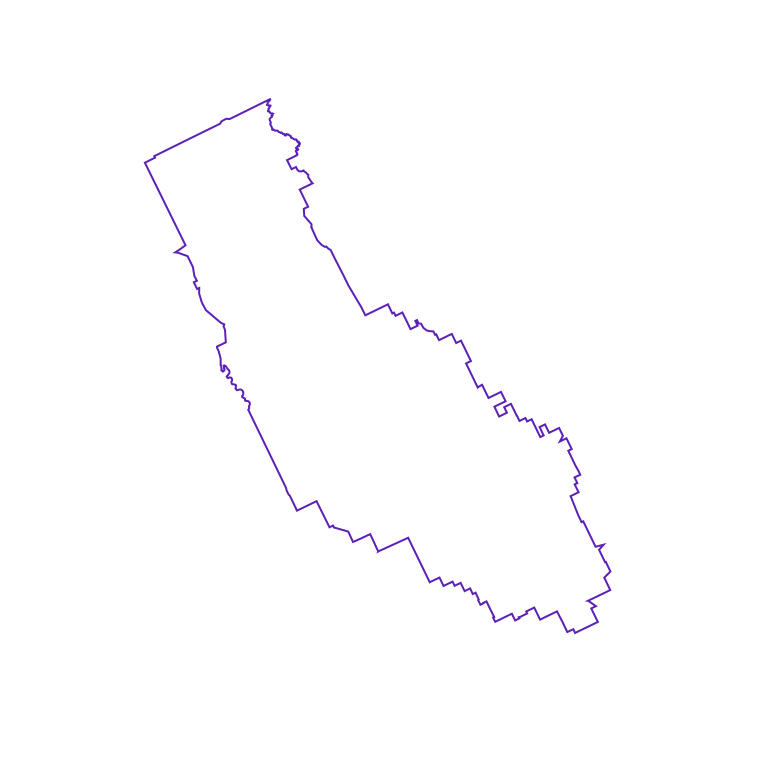 Woodanilling, Western Australia, Australia, rotated 64°
{"feature_id": "25037944B81892326519969", "entity_name": "Woodanilling", "entity_type": "district", "adm_level": 2, "iso_a3": "AUS", "parent_name": "Australia", "parent_adm1": "Western Australia", "projection": "orthographic", "projection_center": [117.181, -33.52], "detail": "fine", "context": "isolated", "style": "outline", "palette": "violet", "viewbox_px": 768, "rotation_deg": 64, "n_neighbors": 0, "source": "geoboundaries", "source_scale": "gbopen_adm2", "svg_char_len": 5935}
<svg xmlns="http://www.w3.org/2000/svg" viewBox="0 0 768 768"><g transform="rotate(64 384 384)"><path d="M641.2,262.6L641.2,263.4L627.3,263.4L624.7,257.1L623.0,265.2L594.8,265.1L594.8,267.0L586.6,266.9L569.4,265.6L566.6,265.5L566.6,256.6L557.8,256.6L557.8,253.7L551.5,253.7L551.6,247.4L547.9,247.3L541.3,247.7L524.8,247.6L524.8,243.8L512.8,243.8L512.8,251.1L509.0,245.9L500.3,245.9L500.2,257.0L490.9,257.0L490.9,263.0L500.2,263.1L500.2,266.8L480.4,266.8L480.4,271.8L476.6,271.8L476.6,278.4L470.7,278.4L470.7,278.6L457.5,278.6L457.5,286.1L463.7,286.1L463.7,294.8L452.8,294.7L452.8,282.3L442.4,282.3L442.4,296.2L427.7,296.2L427.8,298.1L427.9,299.5L428.3,301.3L401.5,301.2L401.5,295.8L378.8,295.8L378.8,301.2L368.7,301.1L368.7,315.3L362.2,315.3L362.2,316.5L358.4,316.5L356.4,320.0L354.5,322.1L350.8,324.0L346.1,324.2L344.6,326.5L341.0,326.3L341.0,328.2L346.3,328.2L346.3,336.1L327.8,336.1L327.8,343.7L324.2,343.7L324.2,345.6L314.1,345.5L314.1,370.4L314.0,370.7L305.3,370.7L279.8,372.8L268.8,372.8L249.7,373.2L240.2,373.2L237.7,374.8L235.1,375.6L234.9,377.0L231.7,379.1L225.4,381.0L211.3,380.6L211.3,380.4L211.1,380.4L208.7,379.1L198.0,382.0L191.4,379.3L191.4,374.5L172.3,374.5L172.3,360.2L170.1,360.8L164.7,361.4L162.7,360.3L161.7,361.0L160.2,361.2L157.7,362.7L156.8,362.7L156.8,364.5L156.0,366.5L155.3,367.3L153.3,368.0L150.4,368.0L150.4,372.9L140.3,373.0L140.2,362.5L139.9,362.4L139.8,362.1L140.0,361.8L140.0,361.4L139.7,361.2L139.2,361.1L139.0,361.3L138.8,361.1L138.5,361.2L138.1,361.0L137.8,361.1L137.5,360.9L137.2,361.0L136.9,361.0L136.4,361.2L135.8,361.1L135.7,360.9L135.7,360.3L135.7,359.7L135.4,359.2L135.8,358.6L135.7,358.4L134.8,358.4L134.0,359.5L133.7,359.6L133.3,359.7L133.1,359.5L133.1,359.3L133.3,359.2L133.3,358.4L132.9,358.1L132.6,357.3L132.4,357.2L132.4,356.9L132.2,356.9L132.2,356.7L132.6,356.4L132.7,356.1L132.8,356.0L132.8,355.8L132.3,355.6L132.0,355.7L131.0,355.3L131.1,354.9L131.4,354.7L131.3,354.3L131.1,354.3L129.5,354.2L129.3,354.4L129.3,354.6L128.9,354.6L128.8,354.8L128.7,354.9L128.9,355.2L128.6,355.4L128.4,355.6L128.1,355.6L128.1,355.3L127.8,355.4L127.5,355.3L127.2,355.3L126.8,355.7L126.2,355.8L125.8,355.6L125.6,355.7L125.2,357.1L123.7,358.1L122.9,358.4L122.5,359.1L122.3,359.3L121.7,359.5L121.3,359.5L120.9,359.3L120.6,359.0L120.4,359.1L120.1,359.6L119.1,359.8L118.4,360.5L117.7,360.7L117.6,360.8L117.6,361.3L116.7,361.9L116.5,362.1L116.5,362.3L117.0,362.6L117.5,363.0L117.6,363.4L117.4,363.9L117.1,364.1L116.6,364.3L115.5,364.2L114.8,365.4L114.3,365.3L113.3,365.7L113.1,365.9L113.2,366.0L113.1,366.7L112.7,367.0L112.0,367.3L111.2,368.3L110.1,368.4L109.6,368.6L109.3,369.0L108.9,370.3L108.7,370.6L107.9,371.3L107.0,371.5L106.9,371.7L106.8,372.6L106.6,372.9L106.3,373.0L106.2,372.8L105.8,372.5L103.9,372.4L103.4,372.2L102.8,372.4L100.5,372.3L100.2,372.1L100.0,371.6L99.6,371.2L96.6,371.0L96.1,370.9L95.7,370.6L95.3,369.9L94.9,368.6L94.9,368.2L94.7,367.6L94.3,367.6L94.1,367.3L93.6,367.3L93.6,367.0L93.8,366.6L93.7,366.5L93.3,366.6L92.9,365.9L92.7,365.8L92.5,366.0L92.4,366.0L92.3,365.9L92.1,366.0L91.9,365.9L91.9,365.7L91.6,366.0L91.6,366.6L91.3,367.0L90.7,367.4L89.2,367.5L88.5,367.7L88.5,368.2L88.4,368.5L88.1,368.7L87.8,368.7L87.5,368.3L87.4,368.1L86.9,367.6L86.2,367.4L86.2,366.9L84.8,365.6L84.6,365.3L84.7,364.8L84.0,364.0L83.5,364.6L83.1,365.6L82.9,365.8L82.8,366.1L82.0,366.8L81.7,366.8L81.4,366.1L81.0,365.6L80.8,365.6L79.8,364.9L79.6,364.8L79.3,364.9L79.1,364.8L79.1,364.3L79.4,363.9L79.5,363.6L79.3,363.3L79.1,363.3L79.2,362.9L79.2,362.5L78.9,362.2L78.5,361.6L78.3,361.5L78.0,361.6L78.2,406.6L76.4,409.6L76.7,415.0L78.2,417.2L78.3,452.1L78.5,490.6L80.2,490.6L80.3,501.9L172.3,501.6L173.5,508.4L174.2,513.9L175.5,511.8L183.0,504.5L195.2,504.5L203.9,507.1L209.2,506.9L209.2,510.3L216.7,510.3L216.7,508.0L221.7,510.5L231.0,512.0L239.5,511.7L257.5,503.8L260.4,501.4L261.8,502.9L265.7,503.2L277.2,507.9L277.2,517.7L278.0,518.1L278.7,518.2L282.4,518.2L283.6,518.6L285.6,518.8L287.7,519.4L288.9,519.5L290.4,520.1L291.9,520.9L293.1,521.3L294.2,522.1L295.2,522.2L295.7,522.6L296.0,522.3L296.3,522.2L297.1,522.7L299.3,523.5L300.4,524.2L300.9,524.0L301.1,523.4L302.2,523.3L302.1,522.7L301.9,522.4L301.9,521.8L301.6,521.6L301.3,521.1L301.1,520.9L300.7,520.8L299.6,521.0L298.7,520.3L297.2,519.8L297.2,519.6L297.3,519.4L298.2,518.6L298.6,518.4L302.1,517.9L303.8,517.3L304.2,517.3L305.3,517.6L306.3,518.1L306.6,518.4L307.3,520.0L307.7,520.4L308.0,521.3L308.1,521.8L308.3,522.1L309.1,522.1L310.1,521.8L310.3,521.6L310.5,519.6L311.1,518.8L312.0,518.4L312.3,518.6L313.1,518.5L314.0,518.8L315.0,520.0L315.5,520.4L317.0,520.7L317.5,520.5L317.8,520.2L319.0,518.3L319.4,518.2L319.7,517.9L320.2,517.6L320.8,517.7L322.8,519.4L323.3,519.5L324.0,519.1L324.9,519.0L325.2,518.7L325.5,516.8L325.8,515.8L326.5,514.7L328.3,514.0L330.5,514.4L331.4,514.9L332.3,515.9L332.6,516.8L333.4,517.2L333.8,517.1L334.2,516.9L335.0,516.1L335.8,515.5L336.2,515.4L336.7,515.5L337.2,515.9L338.3,516.0L338.5,515.7L338.8,515.0L339.3,514.6L339.6,513.9L340.1,513.5L340.6,513.2L341.9,512.9L343.6,513.6L344.1,514.1L344.4,514.7L344.8,515.0L345.2,515.3L346.3,515.6L347.8,517.1L347.8,517.3L348.0,517.3L434.5,517.6L435.2,517.7L436.4,518.1L437.0,518.2L441.6,518.2L442.7,517.7L443.2,517.6L459.7,517.7L459.7,496.0L488.9,495.8L488.9,491.9L491.0,491.9L501.0,480.8L512.4,481.1L512.8,471.4L512.7,471.2L512.9,462.2L531.9,462.6L532.0,462.7L532.0,460.2L532.1,458.4L532.8,429.7L582.2,429.8L582.3,419.0L591.6,419.0L591.7,409.0L596.3,409.0L596.4,402.3L605.5,402.3L605.5,396.2L611.7,396.3L611.7,393.2L619.1,393.3L619.5,394.1L624.7,394.1L624.7,390.8L624.3,390.8L624.3,387.2L634.1,387.2L641.8,387.1L641.7,388.3L646.5,388.3L646.5,369.8L654.0,369.8L654.0,365.1L652.7,365.1L653.1,363.2L653.0,361.4L653.0,355.9L650.8,355.9L650.8,347.0L664.2,347.0L664.2,328.2L676.7,327.9L687.3,328.0L687.4,321.3L691.5,321.4L691.6,296.1L676.6,296.1L676.6,290.9L668.5,295.4L668.3,295.7L668.4,271.0L654.6,270.9L651.8,262.7L641.2,262.6Z" fill="none" stroke="#5b21b6" stroke-width="2"/></g></svg>